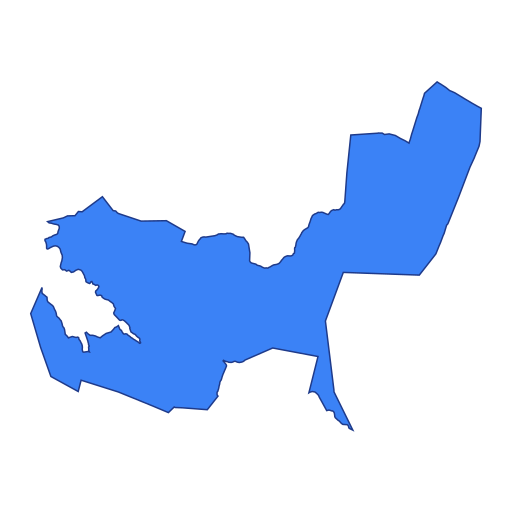 San Andrés Teotilálpam, Oaxaca, Mexico
{"feature_id": "50627088B65855706883459", "entity_name": "San Andrés Teotilálpam", "entity_type": "district", "adm_level": 2, "iso_a3": "MEX", "parent_name": "Mexico", "parent_adm1": "Oaxaca", "projection": "robinson", "projection_center": [-96.621, 17.951], "detail": "fine", "context": "isolated", "style": "filled", "palette": "blue", "viewbox_px": 512, "rotation_deg": 0, "n_neighbors": 0, "source": "geoboundaries", "source_scale": "gbopen_adm2", "svg_char_len": 5954}
<svg xmlns="http://www.w3.org/2000/svg" viewBox="0 0 512 512"><path d="M78.2,391.5L81.1,380.2L118.4,392.0L153.0,406.1L168.4,412.6L174.2,407.0L175.1,407.5L182.4,407.8L207.3,409.7L218.0,396.1L217.1,394.9L217.0,392.8L217.2,392.0L217.9,391.1L218.1,390.1L218.5,389.1L218.7,388.2L218.9,387.2L219.1,386.0L219.7,383.9L219.8,382.5L220.4,381.0L221.0,380.3L221.5,379.1L222.0,377.2L222.9,374.5L223.7,372.7L224.6,370.5L225.3,369.0L226.5,366.0L226.4,365.1L225.7,364.0L224.2,362.1L223.1,360.9L223.5,360.3L224.8,361.0L226.6,361.6L227.4,361.7L228.9,362.3L231.4,362.4L232.9,362.0L234.0,361.4L235.0,361.3L235.7,361.4L236.7,361.9L237.6,362.2L239.3,362.5L241.6,362.1L242.8,361.7L244.1,360.9L245.1,360.0L272.7,348.0L318.0,356.5L308.9,392.8L309.7,392.3L310.8,391.9L312.4,391.5L313.8,391.8L314.7,391.9L315.6,392.5L317.6,394.3L318.6,395.5L319.4,397.4L321.8,401.7L326.7,410.6L328.6,410.1L329.7,410.2L331.7,410.9L332.6,410.9L333.5,411.6L334.2,412.6L334.6,414.8L334.8,416.7L335.3,417.7L338.2,420.4L339.0,420.8L339.9,421.7L341.0,423.0L342.2,424.0L342.9,424.4L347.2,424.7L348.0,425.3L348.5,426.4L348.8,427.7L349.3,428.4L352.8,430.1L334.0,391.9L333.9,389.8L325.4,321.0L343.3,272.4L419.3,275.1L435.8,254.0L436.0,253.6L439.1,245.8L440.5,242.6L443.1,235.6L444.1,233.5L446.6,225.2L447.7,224.0L448.2,223.0L458.4,197.6L470.0,167.1L474.5,157.4L474.5,157.2L479.0,146.3L480.0,141.5L481.3,108.3L477.7,106.4L471.9,103.1L465.0,99.0L454.8,92.8L451.7,91.4L449.7,90.6L446.0,87.6L440.7,84.1L439.6,83.5L437.1,81.9L424.6,93.2L424.4,93.7L423.9,95.7L423.2,97.7L421.6,102.8L419.9,108.3L419.9,108.5L419.7,108.9L419.2,110.2L418.2,114.0L416.9,117.4L412.6,131.3L411.7,134.0L410.2,139.6L409.4,141.7L409.0,143.1L405.0,140.7L400.3,138.4L395.4,135.5L389.2,133.9L384.5,134.5L382.2,133.1L379.9,133.1L378.3,133.0L377.7,133.2L350.8,135.0L346.9,172.7L344.8,201.6L344.4,203.5L343.3,204.4L342.9,205.2L342.0,206.4L340.7,208.3L340.2,208.9L339.4,209.4L338.1,209.8L336.7,209.7L334.9,210.2L333.8,209.7L332.9,210.0L331.5,210.6L330.5,211.5L329.7,212.7L328.9,213.8L328.2,214.5L326.7,214.1L323.5,212.7L322.8,212.4L321.4,212.2L319.5,212.5L318.2,212.3L315.8,213.7L315.1,213.8L314.1,214.4L312.8,215.3L312.3,215.9L311.9,216.9L311.0,218.7L310.2,221.4L309.3,223.8L308.8,225.3L308.6,226.6L307.8,227.7L304.6,229.6L303.2,230.7L302.8,231.4L301.8,232.6L301.3,233.9L300.7,234.8L300.1,236.0L298.7,238.2L297.4,239.7L297.1,240.5L296.6,241.5L296.1,243.2L295.9,244.9L295.3,247.4L294.7,247.8L294.6,248.8L294.7,250.6L294.4,253.1L293.4,253.7L292.9,254.9L291.8,255.7L290.3,256.0L289.2,255.9L287.5,255.8L286.5,256.1L285.1,256.7L284.0,257.4L282.3,259.5L281.5,260.3L280.7,261.6L279.2,263.3L278.0,263.9L276.6,264.4L273.7,264.9L272.2,265.6L271.1,266.3L269.9,267.0L269.1,267.3L267.8,268.1L266.3,267.9L264.6,268.1L262.5,267.3L261.1,266.4L259.7,265.8L257.3,265.3L256.3,264.4L255.4,264.0L252.2,263.2L251.1,262.8L250.0,261.7L249.6,260.8L249.9,252.8L248.5,244.1L248.1,243.4L246.9,241.7L246.0,240.9L244.5,238.5L243.6,237.3L241.7,237.3L237.3,236.6L234.1,235.1L233.6,234.4L231.7,233.7L230.2,233.3L228.9,233.4L227.0,233.2L226.0,233.8L223.8,233.9L221.0,233.7L219.8,233.9L218.4,234.0L217.1,234.9L214.9,235.7L205.8,237.1L204.0,236.9L202.6,237.1L200.9,237.8L200.3,238.8L199.6,239.4L198.8,240.5L198.2,241.4L196.9,244.1L195.9,244.8L194.6,244.9L193.8,244.7L192.1,243.9L187.1,243.2L182.5,241.8L181.4,241.4L185.1,231.4L166.4,220.7L141.1,221.1L118.4,213.5L117.2,212.7L115.7,211.0L113.1,210.6L102.4,196.7L82.1,211.8L78.4,211.5L75.0,215.7L67.5,215.9L63.3,217.9L47.6,221.6L49.1,222.9L51.3,223.2L53.5,223.9L54.9,224.2L56.3,224.4L58.4,225.1L59.2,226.4L59.3,228.2L58.1,231.4L57.7,233.5L56.6,234.4L54.6,235.0L52.8,235.8L51.4,236.9L49.0,237.5L48.2,238.3L46.9,238.5L45.0,239.3L45.0,240.7L45.9,242.2L46.5,244.5L46.6,246.0L46.6,248.2L47.2,249.0L48.3,248.8L50.5,247.5L53.3,246.2L55.3,245.8L57.4,246.3L59.1,247.6L60.2,249.2L60.9,252.1L61.5,253.6L62.2,255.2L62.4,257.6L61.8,261.0L61.2,262.6L60.3,266.5L60.8,268.1L62.5,269.9L64.7,269.7L66.6,271.1L68.9,270.3L70.0,271.1L71.3,272.4L73.6,271.9L75.8,270.3L78.2,269.3L80.7,270.0L82.1,271.3L83.4,273.7L84.5,275.8L84.8,277.6L85.7,279.2L86.0,281.7L87.4,282.6L88.3,283.0L89.6,283.5L90.4,282.8L90.9,281.8L91.8,281.5L92.7,283.2L92.8,283.9L94.2,284.4L95.8,285.4L97.0,284.9L98.0,285.2L98.9,286.3L98.6,287.4L97.7,289.0L96.5,290.4L95.7,291.0L95.5,292.3L96.9,295.4L97.7,295.6L100.0,295.1L101.6,295.6L102.1,297.1L103.3,298.1L104.9,299.1L107.0,299.7L108.4,300.0L110.1,301.4L111.9,302.6L113.3,303.8L114.1,306.5L115.5,308.4L114.9,310.3L113.7,313.0L114.2,314.5L117.3,317.7L119.5,320.1L120.4,320.4L121.4,320.2L121.9,319.8L122.5,319.8L124.3,320.7L126.7,322.9L127.4,323.7L128.1,324.3L128.7,324.9L129.3,325.8L129.5,326.7L129.9,327.5L129.8,328.5L130.6,330.9L131.2,332.2L132.2,332.7L133.4,333.7L135.2,334.4L136.5,336.0L137.6,337.0L139.6,338.4L139.9,339.3L139.7,340.6L139.9,341.3L140.4,342.1L140.6,342.8L140.2,343.2L139.5,343.3L138.4,342.2L135.6,340.5L134.7,339.8L133.6,339.3L132.3,338.2L131.0,337.5L130.0,336.5L127.8,335.0L126.9,334.0L125.5,333.8L124.1,334.1L123.2,333.6L122.6,332.5L122.0,331.8L121.4,330.3L120.7,330.1L119.8,329.2L118.4,325.6L116.4,327.0L114.9,327.5L113.5,329.3L111.0,332.0L106.2,333.4L102.6,335.8L100.2,337.8L97.5,337.0L95.5,336.0L92.8,335.3L90.1,335.3L88.0,333.8L86.4,332.2L85.1,333.0L87.9,341.2L88.0,342.0L88.5,343.6L88.5,344.4L88.7,345.1L89.1,345.7L89.2,346.2L88.6,346.9L88.6,348.0L88.8,348.8L88.7,350.3L89.4,351.9L88.0,351.5L83.7,352.2L82.7,351.7L82.2,349.2L82.4,347.8L82.3,346.0L81.8,344.1L81.0,342.7L80.2,340.9L79.0,339.4L78.6,337.6L77.7,337.1L76.5,337.4L75.2,337.3L73.2,336.7L72.3,336.5L70.2,337.2L68.4,337.9L67.7,336.8L66.6,335.5L65.3,334.4L64.5,329.4L63.9,327.8L62.9,326.7L62.5,325.7L62.1,323.8L61.2,320.9L60.4,320.0L58.8,317.9L57.8,317.2L56.7,316.1L56.4,314.6L56.3,313.8L56.1,312.9L55.5,311.1L54.5,309.3L53.4,306.6L52.5,305.5L50.9,304.3L47.9,301.9L47.2,300.4L47.0,297.2L45.8,296.3L44.8,295.4L42.2,293.4L41.8,290.9L42.1,289.3L42.0,287.5L30.7,313.6L40.6,347.4L50.9,376.5L78.2,391.5Z" fill="#3b82f6" stroke="#1e3a8a" stroke-width="1.5"/></svg>